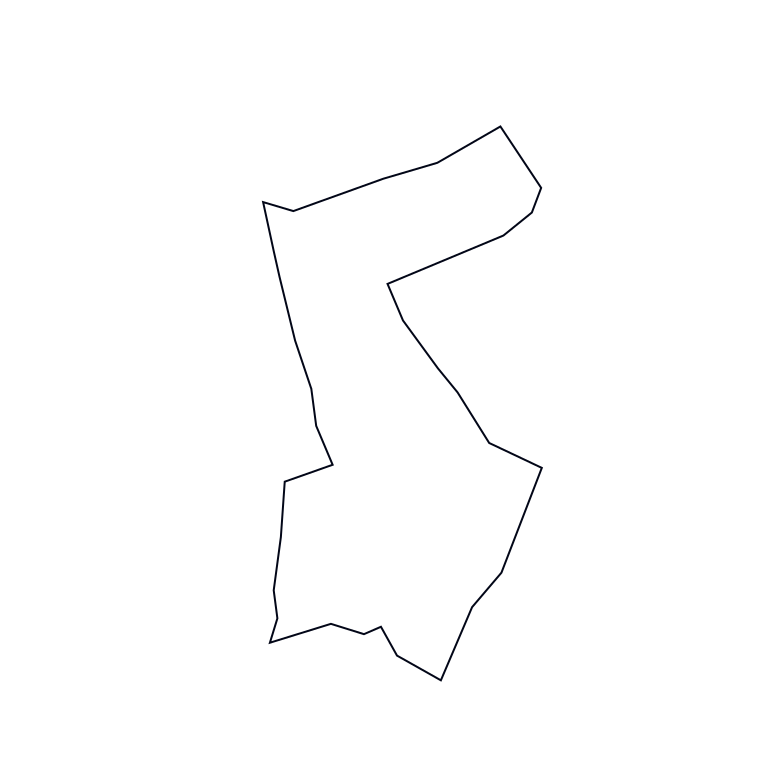 the district of Bayanxangai, Töv, Mongolia, rotated 207°
{"feature_id": "93677404B67738090510285", "entity_name": "Bayanxangai", "entity_type": "district", "adm_level": 2, "iso_a3": "MNG", "parent_name": "Mongolia", "parent_adm1": "Töv", "projection": "orthographic", "projection_center": [105.629, 47.811], "detail": "fine", "context": "isolated", "style": "outline", "palette": "ink", "viewbox_px": 768, "rotation_deg": 207, "n_neighbors": 0, "source": "geoboundaries", "source_scale": "gbopen_adm2", "svg_char_len": 586}
<svg xmlns="http://www.w3.org/2000/svg" viewBox="0 0 768 768"><g transform="rotate(207 384 384)"><path d="M574.3,491.2L558.3,471.6L542.3,452.0L525.7,432.0L482.9,382.3L447.3,347.4L446.7,346.9L425.4,315.9L393.1,288.7L428.1,251.9L406.4,200.8L388.6,150.1L372.6,126.8L368.2,101.7L322.4,146.2L288.3,152.0L276.5,166.3L249.1,147.9L198.8,145.8L204.2,225.2L193.7,269.2L205.3,380.9L263.5,379.2L314.6,409.9L343.0,422.4L395.9,449.2L426.3,474.8L345.0,570.5L330.1,603.9L333.0,630.1L397.2,666.3L436.9,605.3L477.8,566.6L543.3,496.9L574.3,491.2Z" fill="none" stroke="#020617" stroke-width="2"/></g></svg>